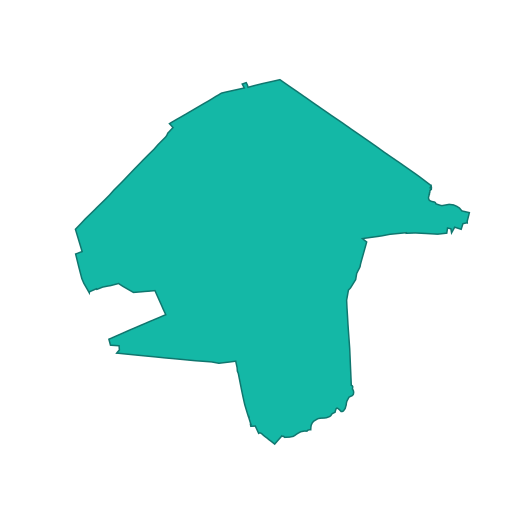 Madona, Madona, Latvia, rotated 36°
{"feature_id": "27541924B48569978533002", "entity_name": "Madona", "entity_type": "district", "adm_level": 2, "iso_a3": "LVA", "parent_name": "Latvia", "parent_adm1": "Madona", "projection": "albers", "projection_center": [26.232, 56.853], "detail": "fine", "context": "isolated", "style": "filled", "palette": "teal", "viewbox_px": 512, "rotation_deg": 36, "n_neighbors": 0, "source": "geoboundaries", "source_scale": "gbopen_adm2", "svg_char_len": 4453}
<svg xmlns="http://www.w3.org/2000/svg" viewBox="0 0 512 512"><g transform="rotate(36 256 256)"><path d="M159.8,112.8L154.5,119.1L150.4,124.2L148.8,122.9L146.2,121.5L145.8,122.0L143.8,125.0L147.8,126.9L144.9,130.2L137.1,139.0L134.8,141.6L132.6,144.2L132.4,144.4L132.3,144.6L131.7,145.9L131.2,147.3L129.6,150.7L128.2,154.3L126.4,158.6L124.6,162.5L113.8,187.1L111.5,192.1L109.1,197.6L108.2,199.8L110.8,200.3L113.4,200.9L112.9,204.5L112.9,204.8L112.6,207.1L112.4,208.5L112.5,208.8L112.8,210.2L112.9,210.7L113.0,212.4L112.9,212.8L112.9,213.2L112.1,218.3L111.3,223.4L110.8,229.0L110.8,229.4L109.5,237.0L108.3,244.6L108.3,244.8L108.2,245.2L108.2,245.4L108.1,245.9L108.1,246.3L107.0,253.8L106.6,256.4L104.1,274.9L103.3,280.0L102.3,286.2L101.7,292.7L100.6,299.8L98.7,310.8L98.4,313.0L96.9,321.7L96.1,326.1L95.4,332.0L94.2,340.5L99.7,344.7L103.0,347.2L112.7,354.6L108.9,360.4L118.7,368.7L128.3,376.6L132.8,379.3L140.2,382.6L142.8,383.8L142.3,382.9L143.6,380.6L145.5,377.4L145.8,376.9L146.2,376.3L146.5,376.5L146.8,376.6L148.5,374.0L150.2,371.3L153.7,367.5L155.7,365.5L161.0,359.0L162.1,359.0L166.2,358.8L178.3,357.5L183.4,353.1L183.9,352.7L184.9,351.8L187.3,349.7L189.8,347.6L190.3,347.2L190.8,346.7L194.6,343.4L196.2,344.3L197.7,345.2L203.8,348.7L209.9,352.2L211.7,353.3L214.4,354.8L215.7,355.5L217.5,356.6L216.1,358.8L214.0,362.4L208.7,371.1L197.3,390.2L185.9,409.8L190.7,413.7L198.0,409.1L200.7,412.3L200.4,415.5L200.4,416.5L201.6,415.7L207.3,412.4L218.4,405.9L224.2,402.5L231.3,398.3L233.5,397.0L242.3,391.9L248.8,388.0L257.9,382.6L268.1,376.6L282.3,367.8L284.4,366.8L289.0,364.6L297.0,357.2L301.4,353.0L306.3,357.4L308.6,360.1L310.7,361.4L321.7,371.6L327.5,376.9L331.9,380.8L334.3,382.9L340.6,387.7L344.1,390.3L344.4,390.0L345.3,390.7L345.2,391.0L348.8,393.7L350.9,395.2L350.5,395.5L351.9,396.8L355.4,394.0L361.5,397.4L362.4,397.9L362.6,397.4L362.9,397.0L363.4,396.6L364.0,396.5L365.0,396.4L367.4,396.7L369.3,396.8L372.2,396.8L374.3,397.0L376.7,397.0L381.7,397.2L381.7,396.6L381.9,395.0L382.0,393.5L382.3,390.4L382.6,387.3L382.6,386.4L382.9,386.4L384.2,386.0L384.2,385.7L384.6,385.6L384.9,385.6L385.7,385.9L388.7,383.5L389.8,382.6L390.2,382.1L392.1,380.1L392.9,378.3L393.4,376.7L394.0,375.1L395.5,371.9L398.0,369.2L400.2,367.7L400.4,366.3L401.7,364.8L402.4,364.4L401.7,363.3L401.0,362.2L400.1,360.4L399.6,357.9L399.8,355.7L400.7,353.5L401.7,351.2L402.9,349.9L404.1,348.8L406.3,347.1L408.0,345.5L408.9,344.2L410.0,342.5L410.4,341.0L410.2,339.4L410.6,338.2L411.4,336.7L411.8,335.9L411.4,335.0L410.6,332.8L410.9,331.4L412.0,331.2L413.8,331.3L416.3,331.8L417.2,331.1L417.8,330.0L417.8,327.0L417.0,324.9L416.5,323.4L415.7,322.1L414.9,320.2L414.5,317.8L414.5,317.4L414.2,315.7L414.6,314.7L415.3,313.5L415.9,312.4L416.1,310.8L415.3,309.1L414.3,308.0L412.8,307.1L412.4,307.1L412.0,306.6L411.6,305.8L411.4,305.4L411.0,304.8L410.0,304.4L409.1,304.6L386.2,275.8L373.8,261.1L370.7,257.4L365.4,250.9L360.1,244.5L355.3,238.5L350.8,229.2L350.9,228.8L350.9,228.4L351.1,227.3L351.2,226.1L350.5,216.5L347.7,210.9L347.5,209.6L347.1,207.5L347.1,207.0L346.6,204.1L346.3,203.1L345.3,201.1L344.9,200.0L344.5,199.0L341.5,190.9L338.5,182.8L337.9,181.2L337.3,179.6L334.6,179.5L331.9,179.3L346.0,165.7L351.5,159.8L363.9,148.8L364.2,149.3L371.2,143.8L380.4,137.8L389.6,131.9L389.9,131.7L390.2,131.5L393.6,128.4L396.9,125.4L395.7,123.1L394.5,120.8L396.1,120.1L397.6,119.4L400.6,122.3L399.8,115.9L406.3,113.8L404.4,108.2L406.9,105.4L407.5,105.1L406.4,103.7L404.0,97.6L403.1,95.5L401.5,96.2L399.9,96.9L398.8,97.3L397.8,97.8L396.0,98.5L392.4,97.6L389.2,97.8L385.7,98.6L381.9,100.7L376.8,106.0L375.2,106.7L371.1,108.0L370.9,108.0L370.6,107.9L370.2,107.6L369.6,107.4L369.1,107.4L368.5,107.5L366.3,108.5L365.0,108.9L364.0,109.0L363.1,108.9L362.4,108.5L361.6,107.8L361.2,107.3L360.9,106.8L360.7,106.1L360.5,105.5L360.0,104.7L359.8,104.3L360.0,104.1L359.7,103.5L359.2,103.0L359.2,102.3L358.8,101.7L358.3,101.0L358.4,100.1L358.1,99.6L358.7,99.1L357.9,97.8L357.1,97.6L357.1,98.2L356.8,98.4L356.7,98.2L356.6,97.4L357.2,97.0L356.7,96.5L356.1,95.9L355.9,96.1L342.0,95.8L339.9,95.8L337.8,95.8L332.2,95.9L326.6,96.0L321.1,96.1L315.5,96.2L313.4,96.3L298.5,96.7L288.3,96.7L283.9,96.8L269.4,97.1L258.3,97.4L254.9,97.4L251.7,97.5L248.4,97.5L233.7,98.0L220.3,98.3L218.5,98.3L216.0,98.4L211.2,98.5L202.8,98.6L200.9,98.7L197.9,98.7L195.0,98.8L194.9,98.8L194.7,98.8L194.0,98.8L193.5,98.8L193.2,98.8L183.0,99.1L171.7,99.3L166.0,105.8L159.8,112.8Z" fill="#14b8a6" stroke="#0f766e" stroke-width="1.5"/></g></svg>